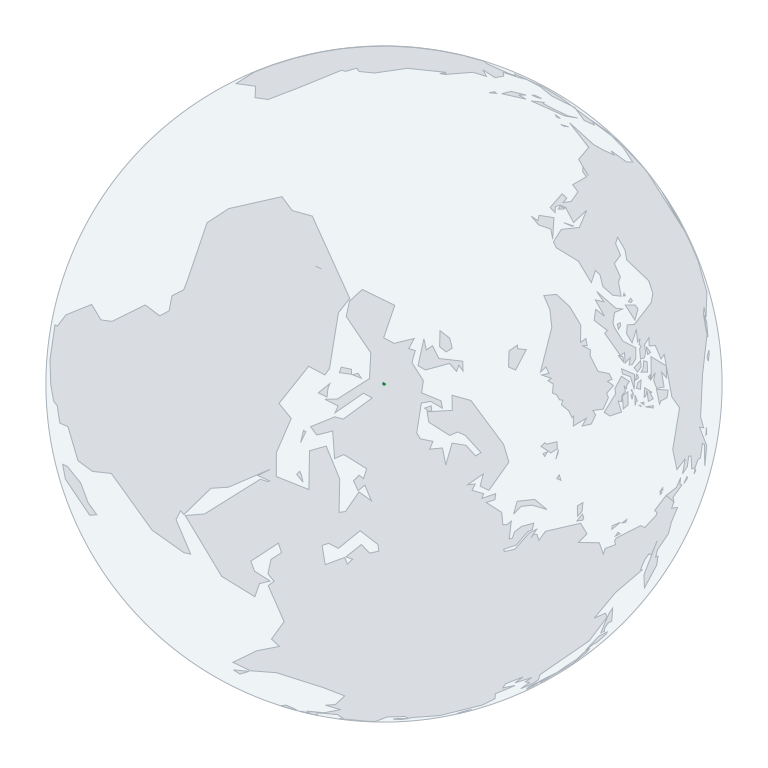 Glarus on an orthographic globe, rotated 108°
{"feature_id": "CHE-169", "entity_name": "Glarus", "entity_type": "Canton", "adm_level": 1, "iso_a3": "CHE", "parent_name": "Switzerland", "parent_adm1": "", "projection": "orthographic", "projection_center": [9.033, 46.988], "detail": "fine", "context": "on_globe", "style": "filled", "palette": "green", "viewbox_px": 768, "rotation_deg": 108, "n_neighbors": 0, "source": "natural_earth", "source_scale": "10m", "svg_char_len": 10909}
<svg xmlns="http://www.w3.org/2000/svg" viewBox="0 0 768 768"><g transform="rotate(108 384 384)"><circle cx="384" cy="384" r="338" fill="#eef3f6" stroke="#a8b0b8"/><path d="M98.3,203.5L101.8,198.3L145.4,145.7L115.6,178.7L134.7,155.9L136.3,154.2L135.6,155.0L155.8,135.6L169.9,123.3L196.9,105.3L221.2,98.3L212.0,103.4L218.9,101.8L230.8,95.7L237.0,92.1L276.9,83.9L317.5,72.7L326.9,66.5L327.6,70.5L343.0,58.0L362.8,53.6L342.5,60.5L342.0,62.8L356.5,60.2L359.2,62.1L367.7,62.3L369.6,65.1L357.6,69.7L358.5,71.9L368.7,70.0L377.1,72.3L361.9,74.5L374.9,78.9L357.2,89.1L315.2,95.6L307.3,106.2L269.2,126.7L274.6,128.2L263.6,137.9L265.8,143.5L258.1,146.4L266.5,148.4L273.1,144.8L279.0,144.6L280.9,147.8L271.4,151.8L269.1,150.8L267.3,153.7L261.7,154.5L265.6,155.9L253.9,160.9L268.1,160.8L261.1,168.9L252.6,170.9L250.0,164.3L224.0,155.0L214.7,156.3L204.0,164.1L190.9,191.6L182.0,196.2L172.3,207.2L178.8,207.2L188.6,198.8L198.2,202.2L209.1,192.3L214.6,192.5L227.2,185.6L228.9,193.8L223.7,205.9L213.4,212.3L210.8,218.0L223.5,218.2L207.1,237.1L201.2,262.2L196.5,266.7L182.2,263.2L174.8,246.6L156.2,244.9L171.8,253.6L159.9,266.0L159.4,271.6L162.2,275.8L168.1,274.3L164.8,280.5L148.1,273.4L150.8,267.6L156.1,269.7L152.5,262.3L141.2,258.9L136.1,266.1L124.4,255.5L120.6,260.7L115.9,261.8L122.8,253.9L110.2,268.3L95.7,262.4L78.3,288.1L91.5,258.7L93.8,247.2L95.1,236.1L92.1,240.0L97.9,221.9L96.1,216.0L85.2,229.6L75.0,249.3L69.5,267.1L72.7,264.1L71.5,275.0L62.1,288.0L58.3,313.1L52.8,327.6L50.3,342.7L50.9,351.4L50.8,367.0L54.2,365.3L58.3,373.0L54.7,387.0L59.8,381.6L60.0,395.5L70.2,420.5L68.5,421.7L76.5,459.3L91.1,489.0L94.5,504.2L92.1,507.6L98.5,517.1L98.7,521.3L129.2,557.4L149.2,582.1L151.5,595.1L140.5,598.1L144.0,617.5L127.8,604.1L130.1,607.0L115.0,588.5L101.2,568.9L88.8,548.4L77.9,527.1L68.5,505.0L60.7,482.4L54.6,459.2L50.1,435.7L47.2,411.9L46.1,388.0L47.6,385.0L50.0,362.5L50.3,354.2L48.8,355.4L52.3,324.3L57.3,303.7L80.9,234.7L98.3,203.5ZM73.2,294.9L69.3,331.5L66.7,318.7L68.0,319.3L70.0,308.2L72.1,292.0L71.2,282.0L73.2,294.9ZM82.3,293.0L82.5,287.8L82.9,291.9L82.3,293.0ZM239.3,90.4L230.8,95.5L219.1,100.6L225.8,96.1L239.3,90.4ZM262.0,82.6L258.8,85.0L251.4,85.5L255.5,83.9L262.0,82.6ZM333.0,62.1L325.6,64.0L331.9,61.6L333.0,62.1ZM368.6,61.9L369.8,60.8L373.7,61.4L368.6,61.9ZM225.5,181.7L226.3,183.6L223.5,183.8L225.5,181.7ZM230.1,177.0L226.3,175.9L227.9,173.6L230.3,174.3L230.1,177.0ZM380.1,66.4L386.0,68.1L378.0,67.1L380.1,66.4ZM234.4,178.9L231.3,169.6L234.3,165.6L245.7,165.1L234.4,178.9ZM388.0,69.5L402.4,74.1L406.4,71.9L403.0,81.3L392.0,73.9L381.4,72.9L387.8,71.7L388.0,69.5ZM274.4,142.3L267.4,146.3L271.5,140.2L274.4,142.3ZM275.5,138.5L279.5,121.1L290.8,117.2L287.1,123.6L300.3,116.7L303.8,123.3L297.4,128.6L289.4,129.6L296.8,131.4L275.5,138.5ZM398.9,86.0L400.5,88.1L396.5,86.9L398.9,86.0ZM281.7,144.1L281.5,140.7L291.2,137.0L293.3,143.2L289.5,142.3L281.7,144.1ZM302.0,111.9L309.6,110.6L314.5,115.4L318.1,115.7L304.8,123.2L302.0,111.9ZM288.3,144.8L294.2,146.5L291.3,151.2L282.5,147.2L288.3,144.8ZM292.8,133.6L297.5,132.2L295.6,134.9L292.8,133.6ZM284.6,169.8L284.1,165.3L289.1,162.9L284.6,169.8ZM296.6,146.8L297.5,145.2L299.5,143.9L302.7,146.0L296.6,146.8ZM309.2,126.3L309.7,128.7L314.9,123.4L318.8,127.2L309.2,131.7L315.0,131.3L316.2,132.5L307.0,134.9L309.2,126.3ZM311.7,144.3L300.9,151.9L300.6,160.4L296.1,162.7L297.4,148.7L311.7,144.3ZM309.8,138.5L310.0,142.6L304.3,143.1L300.7,140.7L309.8,138.5ZM324.9,128.3L321.4,121.3L323.6,120.6L324.9,128.3ZM312.8,146.6L315.4,144.8L313.4,147.2L312.8,146.6ZM322.5,133.7L320.9,131.2L323.5,130.5L322.5,133.7ZM321.9,143.3L318.3,145.7L315.8,144.0L321.9,143.3ZM323.0,138.8L326.9,138.5L316.9,142.0L321.9,137.8L323.0,138.8ZM325.1,133.4L326.2,132.2L325.4,134.6L325.1,133.4ZM333.7,148.7L321.7,153.6L316.0,149.7L328.4,145.4L333.7,148.7ZM721.2,361.9L721.2,362.7L719.7,353.5L718.8,355.7L715.2,339.4L707.1,324.6L707.6,340.4L703.9,331.2L692.8,325.0L691.5,347.6L691.8,397.1L698.0,422.4L695.4,441.7L677.2,422.8L665.9,402.4L661.3,412.2L640.9,405.5L611.5,431.8L605.6,427.5L600.4,435.7L585.8,437.3L576.0,429.3L568.0,435.3L593.6,455.9L602.0,449.3L606.6,431.5L612.3,440.7L626.2,441.1L617.1,478.9L570.5,532.4L563.1,514.5L512.8,472.2L512.8,464.7L512.4,464.0L511.6,462.7L510.0,475.6L500.4,466.0L530.3,500.2L536.6,516.3L569.9,533.9L567.5,538.4L577.4,539.8L605.5,515.3L606.3,521.9L594.7,559.3L553.3,615.7L557.2,634.1L551.5,651.3L522.2,671.4L521.3,680.2L505.6,688.1L502.3,692.9L487.8,700.6L464.8,709.0L429.4,715.2L429.9,712.6L416.4,707.7L398.7,686.6L410.5,673.0L408.5,662.0L382.6,635.5L388.5,618.4L380.9,611.0L365.6,612.9L356.4,603.6L346.9,603.0L285.4,602.1L265.2,585.9L237.4,539.0L247.4,524.9L246.5,504.1L313.2,443.0L330.3,449.4L386.2,440.6L393.7,443.1L390.4,461.1L434.9,477.9L445.5,461.6L482.6,465.2L505.3,457.8L507.6,422.8L470.5,434.2L460.9,419.8L488.0,396.8L520.0,387.1L517.3,381.3L494.4,374.4L499.0,359.8L486.1,371.0L493.4,375.6L485.5,383.1L478.4,379.5L480.3,374.2L469.9,374.3L463.5,400.4L470.2,407.9L444.6,418.3L453.3,432.1L447.3,440.6L430.4,420.6L430.0,411.9L400.9,390.9L399.1,400.7L426.4,421.6L419.1,420.8L416.8,435.4L412.7,423.7L383.4,399.5L358.5,406.1L331.5,440.7L315.9,442.4L300.8,433.8L305.9,398.1L340.1,398.6L342.3,387.0L331.4,369.4L342.7,371.4L342.5,364.6L355.0,364.1L368.7,347.6L380.8,345.5L382.4,324.6L388.9,321.0L386.1,334.1L390.6,342.6L420.3,337.8L424.9,332.6L423.5,319.7L431.9,320.5L426.8,308.7L442.0,300.2L419.2,301.0L417.0,287.1L424.1,274.7L419.3,270.5L407.7,290.9L406.8,299.0L412.6,305.7L406.5,329.5L397.1,334.5L388.0,310.9L373.7,315.8L372.8,296.3L404.5,251.6L419.7,241.1L452.7,251.4L451.4,261.0L438.8,261.8L453.9,273.3L451.0,266.4L457.9,267.4L457.6,255.3L462.5,255.5L453.8,243.9L459.7,242.8L465.1,250.2L469.7,232.4L481.1,227.5L479.7,223.5L475.1,220.6L492.6,217.0L490.9,214.2L484.5,214.2L476.8,209.0L470.1,198.6L476.6,197.9L479.8,201.5L496.4,208.6L504.1,219.1L506.1,217.8L500.9,208.6L480.7,199.8L474.9,193.9L484.7,196.6L480.7,195.1L479.8,192.0L484.9,188.4L474.2,184.9L455.7,153.9L463.8,144.7L474.6,150.1L468.5,130.1L478.0,122.9L472.1,122.8L465.2,114.1L462.1,116.2L458.7,115.5L439.4,96.1L439.9,91.6L424.9,84.6L421.8,84.7L420.7,87.5L403.0,81.3L406.4,71.9L413.2,72.0L410.7,66.7L426.5,68.0L438.4,67.2L457.0,72.7L464.8,72.1L462.9,70.2L472.1,68.7L497.4,73.3L485.2,77.8L448.7,75.8L464.3,76.9L463.3,79.4L470.4,81.7L481.2,82.7L480.9,81.0L510.8,99.4L541.7,111.7L533.5,102.5L536.9,99.8L564.9,109.5L612.3,145.9L617.4,145.7L623.3,150.2L631.5,159.8L623.0,153.4L623.6,157.5L617.6,152.8L627.8,167.1L619.6,161.2L631.6,175.9L636.3,177.1L630.3,166.2L644.2,182.4L648.9,181.2L658.8,191.1L682.2,228.7L692.0,253.0L694.6,258.0L693.6,260.9L699.8,278.4L707.4,287.5L709.7,294.7L716.2,323.5L715.0,318.7L712.7,326.1L717.5,346.2L719.6,345.0L720.1,348.9L721.2,361.9ZM294.0,479.0L293.0,485.4L293.0,485.5L294.0,479.0ZM556.7,393.0L574.0,384.1L561.1,367.8L566.7,363.2L560.3,359.7L560.1,366.7L543.7,355.9L549.3,345.4L544.6,337.3L538.5,340.1L530.9,361.4L554.4,376.6L552.6,387.4L556.7,393.0ZM70.7,421.1L71.5,426.9L69.5,422.9L70.7,421.1ZM63.8,322.3L64.2,327.9L63.5,332.7L62.8,329.4L63.8,322.3ZM72.9,366.9L74.5,374.1L71.8,369.0L72.9,366.9ZM69.2,336.9L71.5,361.7L66.4,353.4L65.3,338.0L67.5,345.3L69.2,336.9ZM77.0,298.2L76.7,302.5L75.1,303.9L77.0,298.2ZM82.5,296.1L82.3,295.0L83.5,291.4L82.5,296.1ZM160.9,266.4L162.1,267.2L163.8,272.3L160.7,271.6L160.9,266.4ZM184.9,286.1L179.0,295.7L181.1,288.1L175.7,288.6L173.3,273.8L194.1,268.3L185.1,273.2L184.9,286.1ZM175.9,253.5L175.0,262.8L175.1,252.8L175.9,253.5ZM328.8,330.2L334.3,334.8L331.3,342.6L316.0,347.2L320.1,335.7L328.8,330.2ZM342.8,339.7L338.0,316.1L347.3,312.9L342.9,318.6L349.6,318.9L344.2,328.1L357.8,348.9L356.1,357.3L328.7,360.0L338.6,354.2L332.6,349.8L342.8,339.7ZM309.2,267.8L307.3,259.3L330.1,263.2L329.3,270.8L313.9,275.3L305.8,269.1L309.2,267.8ZM255.0,180.6L252.8,178.3L255.4,177.0L259.5,177.9L255.0,180.6ZM283.9,167.9L267.5,189.8L264.1,188.1L258.5,203.8L247.5,205.7L251.4,195.3L238.7,209.0L237.9,200.3L230.3,210.3L240.3,186.9L239.0,180.3L244.7,186.8L254.9,185.2L258.9,182.5L269.4,170.1L271.7,155.7L282.2,152.4L289.0,153.9L290.1,156.8L282.9,157.9L289.5,161.1L279.9,165.0L283.9,167.9ZM362.7,182.5L354.0,181.0L365.5,191.0L356.0,193.7L357.9,194.7L352.3,200.2L348.9,208.8L344.1,208.9L344.8,212.2L341.1,216.2L340.5,220.9L331.7,223.0L330.2,229.1L326.9,226.7L326.7,236.8L322.9,230.3L317.8,235.2L324.2,238.9L278.3,241.9L262.0,249.2L250.5,259.3L245.5,247.7L253.1,231.2L267.3,215.0L283.7,210.0L278.4,206.1L284.7,202.6L286.2,207.2L287.7,198.2L293.3,196.8L305.9,184.3L304.5,173.1L309.1,168.6L312.4,172.3L314.6,165.3L324.0,169.4L327.5,166.4L340.2,167.8L344.6,177.2L348.1,173.2L358.0,174.5L362.7,182.5ZM337.2,149.4L344.6,159.2L343.0,165.8L321.6,160.7L317.1,162.9L303.3,160.6L305.8,151.3L309.5,152.7L313.7,152.0L311.3,155.2L316.4,152.2L321.7,154.2L327.1,152.5L328.0,156.0L337.2,149.4ZM400.4,435.7L405.8,435.9L414.0,434.2L412.7,443.7L400.4,435.7ZM380.1,419.5L384.8,418.0L386.9,429.9L381.2,429.9L380.1,419.5ZM385.5,407.4L384.9,417.0L381.9,411.9L385.5,407.4ZM390.2,332.3L395.0,330.2L396.2,333.1L394.4,337.9L390.2,332.3ZM394.8,215.4L390.1,212.9L391.1,211.0L385.5,201.6L392.1,199.2L398.0,204.0L394.8,215.4ZM502.4,430.7L496.9,439.1L493.0,437.2L495.7,434.7L502.4,430.7ZM453.5,443.6L465.5,445.2L453.0,446.2L453.5,443.6ZM401.1,211.2L398.0,207.6L403.2,208.7L401.1,211.2ZM396.6,197.1L402.4,197.4L392.2,197.9L396.6,197.1ZM599.8,623.3L572.9,657.6L559.7,664.8L560.1,659.9L572.0,641.7L588.3,628.8L597.1,616.8L599.8,623.3ZM721.9,382.5L719.7,378.0L720.4,369.6L721.4,365.5L721.9,382.5ZM699.0,423.5L704.4,431.4L702.4,438.8L699.0,423.5ZM697.9,264.3L699.9,271.7L698.3,268.7L694.7,257.6L697.9,264.3ZM666.3,200.2L672.6,208.8L675.1,213.0L673.0,210.4L666.3,200.2ZM453.0,190.3L453.4,205.5L458.1,215.9L467.6,220.5L454.4,221.1L447.2,205.0L453.0,190.3ZM454.7,158.2L446.4,155.0L449.7,152.6L452.1,153.0L454.7,158.2ZM449.9,159.0L440.2,162.4L435.3,158.2L443.9,156.3L449.9,159.0ZM420.9,186.0L420.5,190.5L416.3,189.3L420.9,186.0ZM619.8,143.2L616.4,140.8L611.4,135.5L615.1,138.7L619.8,143.2ZM591.9,118.2L608.9,133.4L622.0,146.9L621.4,145.4L630.5,154.1L627.7,153.0L613.4,139.0L604.7,130.0L596.7,124.1L586.2,115.6L578.2,111.3L571.4,106.8L576.0,108.1L591.9,118.2ZM575.0,110.0L557.2,101.6L550.9,95.1L553.4,95.5L564.2,101.9L566.9,104.8L575.0,110.0ZM551.1,97.9L553.5,100.9L532.5,99.1L526.5,97.3L539.1,94.2L542.1,97.0L548.4,98.9L551.1,97.9ZM403.6,87.2L400.8,88.0L401.4,86.1L403.6,87.2ZM457.2,116.9L452.7,115.7L453.5,113.2L457.2,116.9ZM440.7,111.3L442.9,114.9L437.9,111.3L440.7,111.3ZM448.2,123.1L442.5,116.4L451.8,122.4L448.2,123.1Z" fill="#d9dde1" stroke="#a8b0b8" stroke-width="1"/><path d="M383.6,384.4L383.7,384.2L383.5,383.8L383.4,383.8L383.4,383.7L383.5,383.7L383.7,383.4L383.7,383.2L383.8,382.9L384.1,383.1L384.6,383.2L384.6,383.5L384.4,383.7L384.5,383.7L384.7,383.8L384.8,383.9L384.8,384.0L384.8,384.3L384.7,384.5L384.3,384.7L384.2,384.7L384.0,384.8L383.9,384.9L383.9,385.0L383.6,385.1L383.4,385.0L383.3,384.9L383.5,384.8L383.5,384.7L383.6,384.4Z" fill="#22c55e" stroke="#15803d" stroke-width="1.5"/></g></svg>